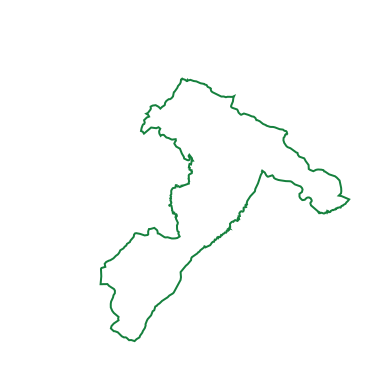 outline of Avrig, Sibiu, Romania, rotated 62°
{"feature_id": "2599482B88876011644537", "entity_name": "Avrig", "entity_type": "district", "adm_level": 2, "iso_a3": "ROU", "parent_name": "Romania", "parent_adm1": "Sibiu", "projection": "natural_earth1", "projection_center": [24.412, 45.689], "detail": "fine", "context": "isolated", "style": "outline", "palette": "green", "viewbox_px": 384, "rotation_deg": 62, "n_neighbors": 0, "source": "geoboundaries", "source_scale": "gbopen_adm2", "svg_char_len": 6026}
<svg xmlns="http://www.w3.org/2000/svg" viewBox="0 0 384 384"><g transform="rotate(62 192 192)"><path d="M296.7,312.7L295.9,310.1L295.7,306.6L294.5,305.3L292.8,301.8L291.9,300.9L289.9,297.4L288.1,295.6L286.9,295.1L284.4,292.2L283.4,290.7L281.7,286.0L278.8,282.7L278.7,280.9L275.9,278.2L275.9,276.3L275.4,275.5L275.1,272.9L274.1,269.5L273.5,262.8L272.8,260.7L272.6,256.6L272.2,255.3L264.3,243.4L262.0,241.7L257.4,239.7L254.2,232.0L253.7,229.7L251.8,224.9L250.2,223.8L249.5,222.7L248.7,216.0L248.1,214.7L248.2,213.6L247.4,212.1L246.6,207.5L245.8,206.5L246.3,206.1L247.2,206.0L247.5,200.9L246.1,198.3L245.8,196.9L246.3,196.0L244.8,194.3L245.4,193.7L245.0,192.4L243.9,190.8L244.2,190.4L244.7,190.3L244.1,189.7L245.0,188.6L245.0,188.1L243.9,186.9L244.1,186.6L243.7,186.3L244.2,185.7L243.5,184.0L243.7,183.0L243.2,181.9L243.9,181.0L243.5,180.2L242.7,179.7L242.8,179.2L242.5,179.0L243.1,178.2L242.8,177.9L242.8,177.4L242.6,177.4L242.8,177.2L242.6,176.8L241.5,176.9L241.4,176.3L241.8,175.9L241.4,176.0L240.7,175.2L241.1,175.1L241.0,174.8L237.9,173.4L237.1,171.1L237.2,169.8L237.7,169.4L237.2,168.4L237.1,167.1L238.9,165.4L238.6,164.5L237.3,164.4L237.0,164.1L237.8,163.8L238.1,163.1L235.3,162.3L235.7,161.0L233.0,160.2L232.1,158.4L232.1,157.9L232.3,157.2L233.0,156.8L233.2,155.8L232.1,154.6L231.4,154.6L230.1,153.7L230.6,151.6L230.0,151.7L229.1,151.2L229.3,150.5L228.5,150.4L228.7,149.2L227.5,148.9L225.9,147.4L223.2,142.6L221.0,136.2L219.0,134.6L215.4,129.7L209.4,123.4L207.1,119.9L206.4,120.4L206.1,120.0L209.0,118.6L212.2,118.6L213.8,118.1L214.2,117.7L215.0,113.2L216.2,112.8L218.0,113.0L219.6,112.2L221.9,110.1L223.3,108.3L226.4,104.1L228.6,100.3L229.6,99.3L233.6,97.6L238.1,93.5L240.2,93.0L241.7,93.2L243.6,94.9L244.1,98.0L246.6,99.3L248.3,99.3L250.9,98.4L251.3,97.6L251.8,96.1L251.1,93.8L251.1,92.7L251.7,91.3L253.3,90.2L255.5,90.2L256.4,90.8L257.0,92.3L257.6,92.8L259.7,93.2L267.7,90.1L270.4,89.7L270.7,89.0L270.0,88.8L270.8,88.3L271.2,87.3L272.8,85.8L273.1,85.0L273.1,84.2L272.8,83.9L273.1,83.1L272.9,82.4L273.1,82.4L272.6,81.9L273.3,81.8L273.0,81.3L273.4,81.3L273.2,80.7L274.2,80.4L274.5,79.2L273.9,78.4L273.9,76.3L274.4,75.6L274.3,74.3L274.7,73.8L274.8,72.9L274.2,72.6L274.4,71.8L274.2,71.1L274.5,70.9L274.7,69.0L275.5,68.1L274.5,66.5L274.9,65.3L274.5,64.5L274.5,62.0L273.7,60.7L273.2,58.8L272.3,56.7L265.8,61.9L264.1,64.1L263.2,61.1L261.4,59.8L258.4,58.4L251.1,56.3L247.3,57.4L245.3,58.3L240.8,62.6L236.3,65.0L235.9,65.6L234.4,65.7L233.1,67.2L231.3,70.1L230.7,71.9L230.6,75.1L228.0,77.3L226.5,78.1L222.9,76.4L218.0,77.1L215.0,77.1L211.1,80.7L208.8,81.0L207.0,80.5L206.0,81.4L199.6,84.5L197.3,86.5L195.8,87.1L192.0,87.5L189.3,87.0L187.2,85.7L186.7,84.4L185.3,82.9L185.0,82.1L185.6,81.3L185.3,80.6L183.2,80.1L182.3,80.4L181.4,81.6L179.6,82.4L177.7,85.1L173.8,88.5L172.7,89.8L171.2,92.4L168.3,95.2L167.7,95.3L165.3,97.3L161.3,99.0L159.1,100.7L158.8,101.4L156.4,101.3L154.5,102.1L153.3,103.7L150.5,105.9L147.1,109.3L146.9,112.2L146.5,112.7L143.8,113.6L141.3,113.3L140.2,113.5L136.9,116.6L135.9,117.3L134.9,117.4L134.1,116.8L131.3,113.4L128.2,111.2L127.1,109.8L127.0,111.7L124.7,115.7L124.2,117.6L122.6,119.1L121.5,121.3L113.4,127.1L112.0,127.6L110.1,127.3L109.6,126.8L108.9,127.0L106.5,128.8L104.4,128.9L102.8,130.5L102.3,130.5L100.0,133.4L96.4,136.2L94.8,138.4L92.2,140.8L91.8,142.8L91.5,143.3L91.2,143.3L91.8,144.1L91.6,144.5L90.8,144.5L90.5,145.2L89.7,145.4L88.1,146.9L88.1,147.3L87.3,147.5L87.6,148.9L89.7,150.4L90.8,151.7L91.9,154.7L93.1,156.0L95.3,160.4L95.4,161.2L98.7,163.9L99.6,166.2L99.7,167.9L99.1,169.0L99.6,172.0L100.6,173.8L102.4,175.2L102.6,176.0L102.8,178.3L103.5,180.8L101.1,181.5L98.3,183.3L97.2,186.2L97.2,188.5L99.1,189.2L99.8,190.1L101.5,193.9L101.4,195.6L103.3,194.5L105.3,194.5L105.0,196.9L106.1,200.6L108.4,201.1L109.5,202.2L109.4,203.5L110.0,204.4L111.8,206.4L114.2,208.4L115.6,207.2L117.9,207.0L115.9,197.8L118.9,193.6L119.1,191.2L121.2,190.3L122.6,192.2L123.5,192.8L125.2,193.4L127.7,193.3L127.4,192.3L127.8,190.9L128.4,190.1L131.9,189.0L133.4,187.3L135.7,185.7L136.4,185.0L137.7,181.6L139.1,182.1L140.0,183.8L141.0,184.9L144.5,184.6L148.1,182.3L153.3,182.9L157.0,182.7L158.8,183.2L161.7,181.1L162.4,180.1L162.4,179.5L162.2,178.7L161.2,178.2L158.6,178.1L157.9,176.9L162.2,176.2L163.2,176.7L164.8,176.5L164.4,177.7L167.2,179.9L166.1,181.0L166.8,181.7L168.9,183.3L169.6,182.6L171.0,183.7L172.8,182.5L172.5,182.3L172.7,182.1L173.7,182.8L174.1,182.5L175.3,183.4L175.2,185.6L175.4,186.6L175.8,187.1L178.9,188.6L178.8,188.8L181.5,189.6L181.9,190.4L183.1,190.8L182.4,195.5L181.8,197.4L182.2,197.2L181.9,200.5L180.5,201.2L180.5,202.0L179.2,202.9L178.7,202.5L178.4,203.1L180.3,204.6L179.6,207.2L180.4,208.8L181.2,209.8L184.2,211.3L185.0,212.6L186.4,212.7L186.8,213.3L187.9,213.6L187.7,214.2L188.4,214.2L189.5,215.1L190.4,214.8L191.1,215.3L191.9,215.3L192.9,216.5L192.9,218.1L193.2,218.4L193.6,218.3L193.8,217.1L194.6,216.6L198.3,217.8L199.0,218.3L199.8,218.1L200.7,218.5L201.5,217.7L202.1,218.7L202.6,218.2L202.7,217.4L204.3,217.2L204.4,216.3L205.3,216.3L206.0,216.6L205.8,217.3L206.3,218.2L206.8,217.8L208.0,218.7L212.5,218.9L213.9,220.1L214.3,220.9L218.0,222.7L219.9,223.1L221.2,222.5L222.4,223.6L225.5,223.8L225.7,226.6L225.0,228.8L223.6,231.6L220.5,234.8L219.7,236.7L219.0,237.5L213.5,240.5L212.5,241.7L210.5,240.9L209.3,240.8L206.0,242.1L205.2,245.8L204.5,247.4L206.2,249.2L208.9,250.6L209.1,251.4L208.1,254.2L204.6,257.5L202.2,260.5L201.8,261.7L202.4,263.1L204.2,264.5L206.0,269.1L207.0,270.3L207.3,273.8L208.4,275.2L208.7,277.2L209.6,279.0L209.8,282.7L211.3,284.6L212.3,286.7L212.6,289.1L213.7,292.5L213.9,296.3L213.6,297.4L213.5,300.6L214.4,302.8L217.4,303.7L216.6,307.6L217.2,308.5L223.9,311.7L230.5,316.0L233.6,309.9L236.0,309.3L241.2,306.4L243.0,306.4L245.2,307.7L246.3,309.8L248.0,311.2L250.8,314.9L252.7,316.3L255.8,317.9L259.5,318.2L262.1,317.8L267.8,315.5L269.2,316.7L270.8,317.1L271.4,322.8L272.6,326.0L274.4,327.7L278.2,326.4L278.7,325.5L281.0,323.4L286.5,321.7L288.5,320.3L289.0,319.1L289.8,318.3L293.3,317.1L294.2,315.1L296.7,312.7Z" fill="none" stroke="#15803d" stroke-width="2"/></g></svg>